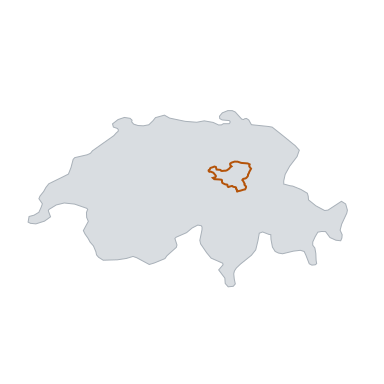 Schwyz highlighted on a map of Switzerland, rotated 10°
{"feature_id": "CHE-173", "entity_name": "Schwyz", "entity_type": "Canton", "adm_level": 1, "iso_a3": "CHE", "parent_name": "Switzerland", "parent_adm1": "", "projection": "equal_earth", "projection_center": [8.712, 47.055], "detail": "fine", "context": "in_parent", "style": "outline", "palette": "amber", "viewbox_px": 384, "rotation_deg": 10, "n_neighbors": 0, "source": "natural_earth", "source_scale": "10m", "svg_char_len": 3957}
<svg xmlns="http://www.w3.org/2000/svg" viewBox="0 0 384 384"><g transform="rotate(10 192 192)"><path d="M283.3,127.2L285.4,128.3L290.4,132.2L289.3,138.9L283.7,149.7L280.7,158.5L280.4,165.2L281.0,168.3L282.0,168.3L287.4,168.8L290.2,168.7L298.9,170.6L305.8,173.2L307.2,176.0L308.1,179.5L316.4,184.1L325.9,187.2L329.1,186.2L340.8,175.2L345.4,177.1L348.2,182.9L348.1,186.0L345.0,197.6L344.5,203.9L347.3,208.0L347.6,211.3L346.9,214.2L342.1,214.5L335.8,212.9L330.4,207.8L326.4,208.4L322.9,209.7L321.1,214.5L319.6,220.2L320.1,223.4L322.7,225.8L324.6,231.0L326.1,237.8L327.2,240.9L326.0,242.3L322.7,243.2L319.9,242.3L315.0,234.2L312.8,231.1L308.9,230.6L302.2,232.6L291.9,237.1L287.7,237.1L284.2,236.1L280.8,232.3L278.0,224.9L277.0,220.3L275.1,220.4L268.5,219.1L265.4,220.9L265.4,228.5L264.8,237.9L261.5,244.0L252.3,254.5L248.9,259.1L247.5,262.4L247.3,265.3L248.7,270.3L250.6,275.0L249.0,277.7L244.1,279.1L240.6,276.3L239.3,271.1L231.8,264.1L235.2,258.3L234.6,256.8L222.3,253.8L217.0,249.3L209.5,241.6L208.1,238.2L208.4,227.5L208.0,224.8L207.0,223.6L203.4,223.6L198.4,227.4L193.7,233.0L184.2,239.3L183.2,240.7L186.4,246.8L186.2,249.2L178.4,259.1L176.9,262.3L167.1,268.5L162.5,270.8L148.9,266.3L145.1,265.7L139.0,268.8L130.4,271.7L116.4,274.6L111.3,272.5L108.9,270.5L107.7,267.5L104.3,262.2L100.4,259.1L97.7,255.7L94.0,252.0L91.7,248.9L95.0,238.9L92.7,235.4L91.6,230.5L92.3,227.1L91.0,226.3L78.5,224.3L68.1,225.0L60.6,228.3L54.4,233.8L53.7,235.0L54.0,235.9L57.0,241.0L51.8,246.3L43.8,250.5L38.3,250.9L35.8,250.1L35.8,244.4L40.4,242.3L44.7,238.6L46.1,233.3L46.7,229.6L42.4,225.2L43.0,222.4L45.8,217.3L47.4,212.7L49.6,208.7L58.4,202.3L67.2,195.8L68.6,188.9L69.3,180.5L70.6,178.5L82.4,173.5L85.3,171.5L86.8,168.7L96.1,159.3L105.3,150.0L107.2,146.9L108.7,145.1L108.7,143.6L107.6,142.4L103.3,141.7L101.9,138.7L106.6,133.5L112.5,130.3L118.2,130.2L120.5,131.7L120.4,133.4L122.8,135.3L127.2,135.9L132.5,135.3L137.8,133.3L141.2,128.6L143.1,125.1L151.5,121.1L157.1,123.1L173.0,123.6L184.5,122.5L191.7,119.8L200.7,119.8L206.7,121.4L207.7,121.1L209.4,120.8L211.0,119.3L216.7,118.3L217.4,117.1L217.2,115.8L216.2,115.2L209.2,115.8L206.6,114.9L205.9,112.6L208.1,108.8L213.2,105.6L217.6,104.9L220.7,105.7L228.3,111.6L230.1,111.7L231.2,110.7L232.8,110.1L235.4,111.2L238.4,114.9L238.9,115.4L255.9,114.2L259.7,114.2L271.3,120.5L283.3,127.2Z" fill="#d9dde1" stroke="#a8b0b8" stroke-width="1"/><path d="M223.6,178.7L223.0,178.6L221.6,178.2L221.0,178.0L220.6,177.9L220.1,177.5L219.8,176.7L219.5,175.4L219.4,175.1L219.1,174.9L218.8,174.8L216.8,174.9L211.7,175.5L210.1,174.5L212.4,173.4L212.6,173.0L212.8,172.3L212.6,171.8L212.3,171.5L209.7,169.3L206.9,168.7L205.8,169.1L205.1,168.8L204.7,168.3L204.6,167.8L204.7,167.5L205.3,167.0L205.6,166.7L205.7,166.3L205.7,165.9L205.8,165.5L206.0,165.2L206.4,164.9L208.5,163.8L209.2,163.3L209.9,163.0L210.4,163.2L211.1,163.2L212.3,165.6L215.9,165.3L216.3,165.4L216.6,165.6L217.1,166.1L217.7,166.1L218.6,165.9L220.2,165.4L221.1,165.3L222.0,164.9L222.8,164.4L224.7,162.4L225.3,161.1L226.5,159.9L225.2,159.1L225.1,158.6L224.7,158.1L224.6,157.7L224.8,157.2L225.2,156.8L225.9,156.2L228.6,154.7L231.6,154.2L235.4,154.8L241.9,154.2L244.0,154.8L243.9,155.6L243.8,156.2L243.8,156.4L244.3,157.2L246.1,158.8L244.8,162.6L244.8,163.1L244.6,164.1L244.4,164.4L244.1,164.9L244.3,166.1L244.2,166.7L243.5,168.0L243.0,168.7L242.4,169.3L240.6,170.0L239.9,170.5L239.5,171.5L240.5,172.3L242.4,174.8L242.5,174.9L242.3,175.2L242.3,175.5L242.6,176.0L242.9,176.3L244.0,176.9L244.3,177.3L244.4,177.9L244.2,179.1L243.8,180.2L242.3,180.8L239.2,182.4L238.9,182.5L237.2,183.2L236.7,183.6L236.4,183.7L236.2,183.5L236.0,183.0L235.9,182.0L235.7,181.7L235.3,181.7L234.9,181.3L234.7,181.0L234.7,180.6L234.7,180.2L234.5,179.9L234.0,179.7L232.1,179.7L231.4,179.6L231.0,179.3L230.6,179.1L230.1,179.2L229.3,179.6L228.8,179.8L228.1,180.1L227.4,180.6L226.9,180.8L226.5,180.6L226.0,180.0L225.7,179.0L225.5,178.7L225.1,178.6L223.6,178.7Z" fill="none" stroke="#b45309" stroke-width="2"/></g></svg>